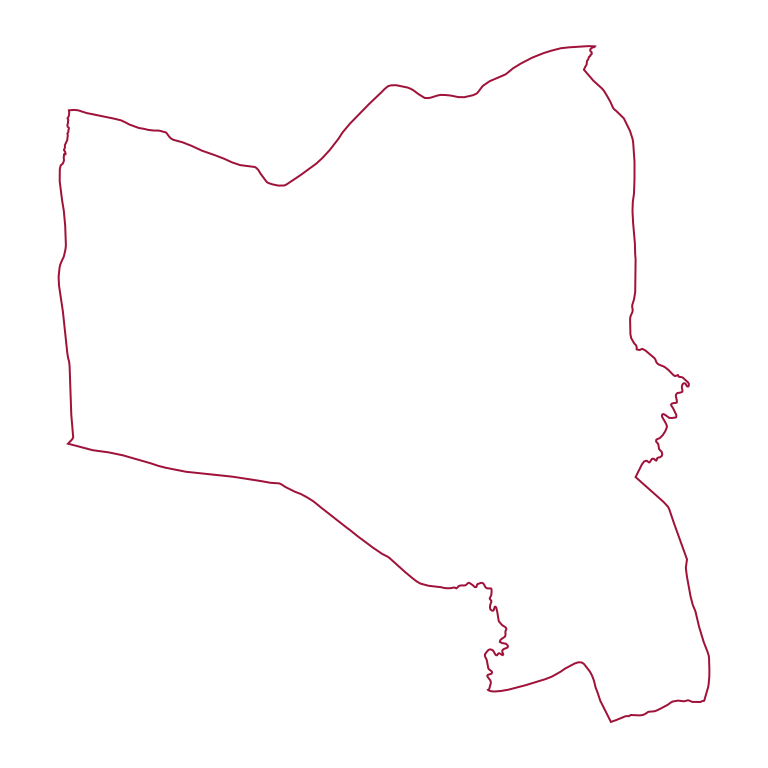 the district of Phayu, Si Sa Ket, Thailand
{"feature_id": "78962969B85522874194306", "entity_name": "Phayu", "entity_type": "district", "adm_level": 2, "iso_a3": "THA", "parent_name": "Thailand", "parent_adm1": "Si Sa Ket", "projection": "orthographic", "projection_center": [104.391, 14.901], "detail": "fine", "context": "isolated", "style": "outline", "palette": "rose", "viewbox_px": 768, "rotation_deg": 0, "n_neighbors": 0, "source": "geoboundaries", "source_scale": "gbopen_adm2", "svg_char_len": 6010}
<svg xmlns="http://www.w3.org/2000/svg" viewBox="0 0 768 768"><path d="M68.9,110.3L69.2,112.1L69.0,115.3L68.4,117.0L67.5,118.3L68.4,120.1L68.0,121.0L68.0,123.0L67.5,124.5L67.4,125.6L67.7,126.7L68.8,127.7L68.8,129.0L68.4,130.2L68.4,131.9L67.4,133.5L67.8,135.2L67.2,140.2L64.9,145.1L64.9,147.7L64.0,149.8L64.0,150.2L65.0,151.5L65.6,153.9L65.4,154.3L64.5,154.0L64.1,154.2L63.7,157.8L64.0,160.1L63.7,161.4L62.8,163.6L60.7,165.4L59.8,169.1L59.7,181.3L62.1,200.4L63.8,210.7L65.2,225.9L65.9,245.4L65.5,249.2L64.2,255.1L63.4,257.7L62.0,260.3L60.2,264.8L59.6,267.3L58.6,276.9L59.0,285.5L62.9,311.6L67.3,353.0L68.1,358.0L69.2,362.1L69.6,366.5L71.3,414.9L73.2,437.4L72.1,439.4L68.0,443.7L92.7,450.2L108.9,452.4L123.2,455.4L150.7,463.3L158.1,465.8L166.3,467.9L186.2,471.8L232.6,476.7L261.1,481.1L270.4,482.8L279.3,483.4L281.4,484.4L285.6,487.1L294.6,491.6L300.8,494.0L307.5,497.6L313.5,501.4L321.1,507.6L347.0,527.9L348.6,529.0L358.5,536.9L372.9,547.6L382.1,553.9L387.5,556.6L389.4,557.9L404.8,571.8L412.0,577.8L416.5,581.3L420.5,583.6L428.7,585.8L441.1,587.2L444.3,588.0L447.9,588.3L450.0,588.2L454.5,587.5L456.3,588.3L457.4,587.6L458.7,586.1L459.4,585.8L461.3,585.4L464.7,585.5L466.2,584.8L468.1,583.0L468.5,582.8L469.0,582.8L470.0,583.3L472.7,585.1L474.7,587.0L475.6,587.2L476.1,587.1L476.6,586.6L477.0,584.8L477.7,584.0L481.0,582.9L482.0,582.9L483.0,583.3L483.8,584.1L485.2,586.8L486.2,587.9L487.4,588.4L490.8,588.4L491.2,588.7L491.5,589.3L491.6,591.8L491.3,594.9L489.7,598.4L489.9,599.1L491.2,600.6L491.4,601.5L490.1,605.4L490.0,607.5L490.4,609.4L491.7,610.5L493.1,610.7L493.8,609.9L494.7,606.9L495.4,606.7L495.9,607.1L496.4,608.1L497.3,612.1L498.7,620.9L499.4,622.0L502.1,625.1L505.4,627.2L506.3,628.3L506.3,629.1L505.4,631.5L505.5,634.5L505.2,636.2L504.5,637.0L501.1,639.3L500.2,640.4L499.9,641.4L499.9,642.0L502.3,643.1L505.9,643.7L507.6,645.3L507.9,646.1L507.7,647.1L507.2,647.7L503.9,649.0L502.6,650.0L502.3,650.7L502.3,651.9L503.2,654.3L502.7,655.1L502.2,655.0L500.4,653.8L499.0,653.2L498.0,653.8L497.2,655.2L496.1,655.2L495.4,654.6L493.8,651.7L492.7,650.2L491.9,649.8L490.4,649.4L489.2,649.6L488.3,650.1L486.6,652.0L485.1,654.1L484.9,655.1L485.1,656.6L486.6,659.6L486.9,660.8L488.3,668.3L489.0,669.3L491.7,671.4L492.0,672.3L491.8,673.2L491.5,673.7L488.0,674.8L487.3,675.6L487.5,676.7L490.4,680.5L490.8,682.1L490.7,683.6L489.3,688.6L488.9,689.4L488.0,689.8L488.4,690.3L490.7,691.1L492.6,691.4L494.7,691.5L500.6,691.0L508.0,689.8L525.6,685.2L545.5,679.1L551.9,676.6L560.3,671.9L565.1,668.6L574.6,663.5L578.0,662.4L580.7,662.3L582.3,662.8L584.1,664.1L589.7,671.3L591.3,674.1L592.7,677.2L594.1,681.2L595.5,687.1L597.6,692.7L600.3,700.8L610.9,721.9L615.6,720.3L625.1,716.4L626.3,716.1L629.1,716.1L630.5,715.1L631.2,715.0L639.6,715.4L641.4,715.2L643.0,714.9L644.9,714.1L648.4,711.8L654.2,711.3L655.7,710.9L659.6,709.1L667.7,704.8L670.4,702.8L672.4,701.6L678.0,700.6L684.1,701.3L687.9,700.3L689.0,700.5L692.3,701.9L700.4,702.0L702.0,701.2L704.2,700.7L708.1,687.3L708.6,684.5L709.3,676.8L709.4,669.8L709.0,657.5L708.6,655.2L707.4,651.5L703.8,642.3L699.1,626.9L695.4,611.2L692.8,605.0L690.6,596.6L686.9,576.4L685.8,567.8L687.0,559.4L673.9,523.0L669.2,509.1L667.9,506.6L663.3,501.7L635.6,477.1L641.9,464.4L644.0,461.6L645.8,460.8L646.9,460.8L648.7,462.3L649.4,462.4L649.9,462.0L651.8,459.0L653.1,458.7L654.1,458.9L655.6,460.4L656.2,460.6L656.7,460.1L657.0,458.6L657.4,458.1L658.2,457.6L660.1,457.2L661.7,456.0L662.1,455.1L662.2,454.3L662.0,452.8L661.4,451.5L660.0,450.2L659.0,448.8L658.4,444.6L658.0,443.7L656.2,441.7L656.1,441.1L656.3,439.8L656.9,439.3L659.8,438.1L662.7,435.2L665.3,431.2L666.7,427.7L666.9,426.2L666.8,425.6L665.5,422.7L662.1,416.8L661.9,416.3L662.0,415.0L662.5,414.3L663.6,414.1L665.6,415.2L669.1,417.8L669.9,417.9L671.9,418.0L675.6,417.5L676.1,417.2L676.4,416.2L676.2,414.7L673.0,408.1L671.2,405.5L671.1,404.5L672.0,403.6L673.0,403.2L675.9,402.9L676.8,402.5L676.8,400.2L675.8,396.1L676.0,394.7L677.0,393.4L677.6,393.0L680.8,392.5L682.2,391.8L682.5,390.7L681.9,387.8L681.9,386.3L682.4,384.6L682.9,383.9L684.0,383.2L685.1,383.5L685.6,383.9L686.9,386.2L687.8,386.5L688.4,386.4L688.7,385.8L688.9,384.0L688.2,382.6L682.8,377.6L681.5,377.1L679.0,376.8L678.3,376.0L677.9,375.1L675.3,376.0L674.5,375.9L672.8,374.5L668.4,369.9L665.2,367.4L663.3,366.3L659.4,364.8L658.2,364.1L657.1,363.2L656.3,362.0L655.3,359.4L654.5,358.2L645.3,350.4L642.4,348.9L641.8,349.0L639.7,350.0L636.7,349.4L636.7,347.3L636.3,345.9L635.9,345.1L634.1,343.3L631.2,338.1L630.4,334.2L630.1,319.2L630.3,317.2L630.8,315.6L632.5,311.8L632.7,309.8L632.2,307.2L632.2,305.2L634.0,299.4L635.2,292.2L635.6,259.2L635.2,254.2L634.9,243.7L633.1,222.8L632.5,211.2L632.8,202.0L634.0,193.5L634.5,178.7L634.5,161.7L633.2,142.9L632.7,139.4L630.0,130.9L623.8,118.3L616.4,111.1L614.0,109.1L613.1,107.9L610.4,101.9L607.4,96.5L604.2,91.2L602.1,88.6L593.3,80.6L583.9,69.7L585.3,66.7L586.6,64.6L587.0,61.0L588.2,59.3L589.0,56.9L590.3,55.9L590.4,55.1L591.5,54.3L591.7,53.9L591.6,52.2L590.8,51.6L590.4,51.0L590.2,50.1L590.3,49.3L592.0,47.8L593.1,47.3L594.4,47.1L594.9,46.4L588.7,46.1L569.5,47.3L561.0,48.2L552.0,50.5L543.6,53.1L532.1,57.7L521.1,63.4L513.2,68.2L505.7,74.3L489.9,81.1L488.3,82.1L483.2,85.6L481.9,87.0L477.5,92.8L476.2,93.8L473.0,95.2L464.3,97.2L458.4,97.1L450.4,95.5L444.9,95.0L440.5,94.9L436.8,95.7L431.3,97.5L428.2,98.1L424.6,97.9L418.3,94.0L413.3,90.2L410.5,88.7L407.4,87.5L396.1,85.2L391.4,85.3L388.2,86.1L384.8,88.8L381.5,92.2L368.9,104.2L349.9,123.7L342.6,132.4L338.3,139.0L329.5,150.3L322.3,158.1L316.3,163.6L300.4,175.2L288.1,183.4L285.9,184.8L284.2,185.5L278.5,185.6L273.0,184.5L269.5,183.4L267.4,182.5L266.5,181.7L260.5,173.6L258.3,169.9L256.3,167.9L254.8,167.0L240.1,165.1L232.1,162.4L224.3,158.8L213.8,154.8L202.0,150.7L191.7,145.9L182.5,142.3L173.3,139.8L171.5,138.8L170.1,137.7L168.3,135.5L167.0,133.6L166.0,132.5L164.9,132.1L159.0,130.6L153.4,130.5L148.3,129.9L143.8,128.8L138.9,128.0L129.3,124.5L125.7,122.5L120.9,120.3L113.9,118.6L86.4,113.0L78.5,110.4L74.6,109.9L68.9,110.3Z" fill="none" stroke="#9f1239" stroke-width="2"/></svg>